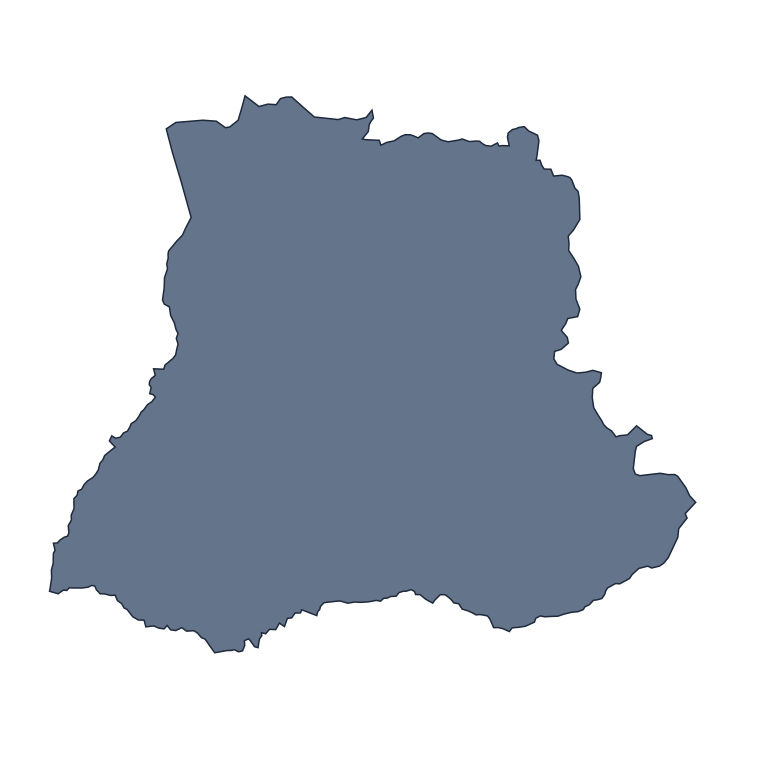 the district of Sertânia, Pernambuco, Brazil, rotated 4°
{"feature_id": "56859067B10888923782063", "entity_name": "Sertânia", "entity_type": "district", "adm_level": 2, "iso_a3": "BRA", "parent_name": "Brazil", "parent_adm1": "Pernambuco", "projection": "mercator", "projection_center": [-37.338, -8.2], "detail": "fine", "context": "isolated", "style": "filled", "palette": "slate", "viewbox_px": 768, "rotation_deg": 4, "n_neighbors": 0, "source": "geoboundaries", "source_scale": "gbopen_adm2", "svg_char_len": 4532}
<svg xmlns="http://www.w3.org/2000/svg" viewBox="0 0 768 768"><g transform="rotate(4 384 384)"><path d="M352.9,111.7L347.5,119.4L338.3,122.4L326.3,120.9L319.9,123.4L295.8,122.5L284.4,113.8L280.0,110.4L271.9,104.1L266.5,104.6L260.8,106.5L257.0,112.9L248.6,112.9L239.9,115.9L225.3,106.2L222.5,120.2L220.1,131.0L212.0,138.5L207.8,139.3L198.4,133.5L184.8,133.5L158.1,137.6L149.0,144.7L156.8,167.8L167.4,195.9L180.0,231.3L175.0,242.9L172.6,249.5L167.1,256.1L159.9,266.2L159.5,269.4L159.9,273.4L158.9,279.6L160.0,284.2L157.6,293.3L158.0,303.4L157.2,315.8L159.3,319.7L164.5,322.0L166.4,330.6L170.6,337.7L172.8,344.3L175.0,347.9L173.6,353.1L175.8,358.5L174.8,363.9L174.1,369.4L171.9,373.0L164.2,380.4L163.2,384.6L153.1,384.9L155.2,391.4L151.5,394.8L150.0,397.8L149.9,401.0L151.9,403.7L151.0,410.0L154.5,410.7L156.8,413.0L153.7,417.8L149.5,421.1L146.0,426.7L143.7,428.9L142.0,433.0L138.8,438.1L134.6,441.1L133.6,444.3L131.3,449.0L127.6,450.9L124.6,455.5L119.9,456.8L116.1,454.7L114.0,459.9L120.2,465.6L112.9,472.3L110.3,474.9L108.8,479.3L106.2,482.9L105.0,489.6L102.8,493.9L100.3,497.4L95.1,501.3L92.0,505.0L89.6,510.2L86.2,512.0L85.6,516.4L82.7,519.9L82.9,523.9L83.5,529.9L81.1,536.8L81.7,541.4L78.9,547.3L80.0,554.5L79.0,557.8L75.8,559.1L71.9,562.0L69.2,565.4L65.3,565.9L67.5,572.9L66.0,575.8L66.5,586.0L65.2,592.8L66.0,600.6L65.2,610.7L64.8,614.1L73.6,616.0L78.5,612.0L82.0,612.1L84.1,609.4L96.8,608.6L102.8,607.4L106.6,605.3L109.7,605.8L111.5,609.4L115.6,613.1L119.9,612.9L125.9,614.0L130.6,613.5L133.2,618.7L137.6,621.4L140.3,625.5L143.5,626.9L149.7,633.8L155.5,636.6L161.1,636.3L163.4,642.9L171.1,641.4L176.6,643.3L181.8,643.6L184.5,640.0L188.2,644.1L193.5,644.5L199.2,641.2L204.3,644.3L211.6,643.4L215.5,645.6L219.5,649.7L223.3,651.0L226.2,654.5L228.2,657.1L233.9,663.9L245.7,660.9L250.0,660.5L253.3,659.5L257.6,661.3L261.5,660.1L263.3,654.6L262.7,649.8L266.8,647.6L269.5,650.5L273.2,655.1L276.8,655.8L277.2,650.2L277.7,646.8L279.6,643.7L279.2,640.6L283.4,641.4L286.9,636.7L293.1,636.6L296.3,629.8L301.6,632.9L304.0,624.5L308.2,623.8L311.3,618.7L316.6,618.2L317.7,615.0L333.1,619.7L333.7,615.8L335.6,613.5L336.1,610.4L339.5,606.3L350.7,604.2L355.4,603.5L363.1,605.2L370.3,603.5L375.3,603.5L383.2,602.5L391.5,600.4L395.7,600.9L398.7,597.8L402.3,597.3L405.4,595.5L410.8,594.9L413.6,591.0L417.7,589.4L420.8,589.1L425.5,587.2L429.0,588.9L430.2,591.8L434.7,591.6L440.4,595.7L443.4,597.1L447.9,599.2L449.8,596.0L454.8,590.3L459.7,589.9L465.3,593.7L469.0,597.5L473.9,598.0L477.7,603.1L483.8,604.5L488.3,606.2L491.9,607.9L495.8,607.3L500.3,607.7L503.5,608.2L506.0,611.1L510.4,619.4L515.1,619.0L520.0,619.9L526.3,622.2L528.9,618.3L534.8,617.4L542.0,615.8L546.9,613.1L550.7,611.1L551.7,607.2L555.9,604.5L560.7,605.0L568.6,604.0L573.7,603.5L579.3,601.1L587.2,598.6L593.4,597.6L598.6,595.1L599.9,592.3L604.3,589.8L608.0,585.2L611.7,584.4L616.3,582.8L618.8,578.6L619.6,575.0L621.3,571.8L628.9,566.9L633.1,566.9L638.2,563.7L642.5,560.9L644.8,556.8L651.1,550.2L659.9,547.3L663.8,548.9L671.4,546.5L675.6,543.2L679.6,537.5L687.8,516.5L688.1,507.7L695.7,496.6L693.5,492.3L703.2,480.3L696.8,474.3L692.5,466.6L683.5,455.6L680.3,454.0L673.9,454.6L665.7,453.8L645.6,457.6L641.0,456.3L638.6,451.1L639.4,433.5L640.3,428.6L647.3,423.4L655.4,419.8L654.5,416.7L650.3,415.9L638.9,408.1L630.4,417.8L622.6,419.1L619.2,420.6L616.8,417.8L614.3,414.9L609.5,412.3L605.9,409.1L604.1,405.9L599.9,400.3L594.9,393.1L592.7,383.1L592.6,373.8L599.0,367.3L599.7,363.1L600.1,357.6L591.4,355.8L584.2,358.2L575.7,359.6L566.6,357.2L555.3,352.3L551.7,347.2L551.9,339.6L558.3,337.1L565.1,330.3L563.6,324.7L557.1,318.2L561.1,311.0L562.8,305.8L572.5,303.3L574.1,295.6L569.6,286.0L568.5,276.4L570.7,271.1L572.9,263.2L571.0,257.1L569.8,253.1L564.5,245.2L558.9,238.0L558.8,231.2L557.5,223.6L562.3,217.2L567.9,206.2L566.7,193.9L565.8,184.8L564.1,178.2L560.8,175.3L557.3,167.8L555.1,165.1L552.1,164.2L547.2,163.3L538.7,164.7L535.5,158.1L528.8,158.4L526.1,154.9L524.0,149.9L520.2,150.3L520.8,144.4L521.3,135.2L521.6,130.5L519.8,125.1L510.7,121.5L506.0,117.5L500.5,118.7L497.7,120.2L494.3,121.2L490.4,125.0L489.9,129.1L492.3,137.7L485.4,137.9L482.1,138.6L480.4,135.6L474.2,139.3L468.8,139.0L465.2,137.3L462.5,135.2L459.3,135.2L452.1,136.2L444.9,134.1L441.7,135.4L431.0,137.9L424.0,136.6L414.7,130.8L410.6,130.5L406.3,131.4L400.9,136.1L395.9,134.3L392.7,133.5L387.7,133.9L384.0,135.6L377.0,140.8L369.9,142.8L364.3,146.0L362.2,141.2L358.0,141.4L348.3,141.5L345.3,141.0L350.7,133.3L351.2,126.3L352.4,123.4L354.9,119.5L352.9,111.7Z" fill="#64748b" stroke="#1e293b" stroke-width="1.5"/></g></svg>